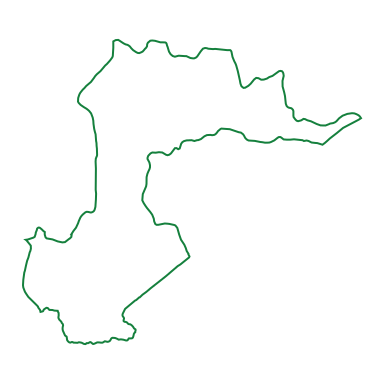 Salamá, Baja Verapaz, Guatemala
{"feature_id": "79465075B18875713614503", "entity_name": "Salamá", "entity_type": "district", "adm_level": 2, "iso_a3": "GTM", "parent_name": "Guatemala", "parent_adm1": "Baja Verapaz", "projection": "robinson", "projection_center": [-90.294, 15.052], "detail": "fine", "context": "isolated", "style": "outline", "palette": "green", "viewbox_px": 384, "rotation_deg": 0, "n_neighbors": 0, "source": "geoboundaries", "source_scale": "gbopen_adm2", "svg_char_len": 5839}
<svg xmlns="http://www.w3.org/2000/svg" viewBox="0 0 384 384"><path d="M68.2,341.5L69.0,342.2L69.7,342.5L70.4,342.6L71.9,342.0L72.7,342.1L73.2,342.5L73.8,342.7L75.5,342.7L77.4,342.8L77.8,342.7L78.6,342.3L79.8,342.3L80.4,342.5L81.6,342.7L83.9,343.9L85.3,344.1L85.7,344.0L86.5,343.2L87.0,343.1L88.0,343.2L88.6,342.9L90.0,342.1L90.6,342.1L91.6,342.9L92.5,343.6L93.1,344.0L93.6,343.9L94.4,343.7L97.2,342.4L98.3,342.4L100.0,342.5L101.0,342.7L102.3,342.7L103.4,342.2L104.7,341.3L105.1,341.3L107.3,341.8L107.7,341.8L108.6,341.6L109.6,341.1L110.2,340.5L111.1,338.8L111.6,338.2L112.5,337.8L114.3,337.9L115.5,338.1L117.6,339.0L118.5,339.6L119.2,339.6L120.2,339.4L121.3,339.4L123.4,339.7L126.1,340.5L127.2,340.4L127.5,340.2L128.0,339.7L128.6,338.7L128.9,338.4L129.4,338.4L130.9,338.4L132.0,338.3L132.7,337.8L133.0,337.3L133.4,336.1L133.9,333.8L134.2,333.3L134.8,332.5L135.2,332.3L135.2,331.7L135.4,331.1L135.6,330.4L135.6,329.8L135.4,329.3L134.4,328.7L134.0,328.3L133.1,326.8L132.4,326.0L131.6,325.2L130.6,324.5L130.2,324.3L129.2,324.2L128.4,324.0L127.9,323.5L127.0,322.5L126.7,322.3L125.7,321.9L125.0,321.9L124.4,321.7L123.7,321.2L123.6,320.8L123.6,320.1L124.0,318.7L124.0,318.2L123.7,317.5L122.7,316.1L122.5,315.3L122.5,314.7L122.8,313.6L125.1,308.9L135.0,300.6L136.3,300.0L139.2,297.4L139.8,297.3L142.5,294.7L146.2,292.0L150.7,288.2L165.8,276.3L177.7,266.1L180.3,264.5L189.1,257.4L189.5,256.4L188.4,254.5L188.5,253.9L186.7,251.0L185.8,248.1L184.3,244.7L181.0,239.7L179.2,234.6L177.3,227.9L175.4,225.5L174.3,225.0L169.3,223.9L167.5,223.7L164.8,223.5L158.3,224.8L156.5,224.8L155.3,224.0L154.2,221.4L153.8,218.7L152.2,214.7L150.2,211.9L147.0,208.0L145.5,205.9L143.7,203.1L142.3,200.3L142.8,194.1L146.1,186.4L146.5,183.9L146.6,177.1L147.4,173.8L148.4,171.4L149.5,169.1L150.0,167.3L150.0,165.2L149.4,162.5L147.5,158.9L147.6,157.5L148.3,155.7L150.5,153.4L152.3,152.5L155.7,152.7L158.9,152.2L162.3,152.5L166.1,154.8L167.6,155.2L169.3,154.7L171.0,153.4L174.9,148.2L176.5,148.1L178.2,149.2L179.7,148.5L181.2,143.7L182.4,142.1L184.0,141.1L186.6,140.4L191.6,140.2L194.4,141.0L197.0,140.2L198.3,140.1L200.9,139.1L204.4,136.3L206.9,135.1L210.4,134.9L212.1,135.2L214.2,134.9L215.5,134.2L216.9,132.7L218.0,131.1L220.5,129.0L221.4,128.6L229.8,129.2L238.7,132.2L240.9,132.6L243.1,134.3L244.0,135.6L244.6,136.8L245.4,138.2L247.0,139.7L248.6,140.5L254.8,140.9L260.4,142.0L262.3,142.2L265.1,142.7L269.1,142.6L270.8,142.1L274.3,140.4L277.6,137.8L278.7,137.1L280.2,137.0L281.2,137.5L283.6,139.4L287.2,139.7L289.8,139.7L294.0,139.3L302.5,140.2L303.9,141.0L306.6,140.5L308.6,141.0L311.5,142.5L314.9,142.9L317.3,143.1L322.5,144.7L324.8,143.0L327.1,141.0L329.8,138.5L336.9,133.0L343.1,127.9L358.7,119.7L361.0,118.2L359.9,116.5L358.6,115.3L356.5,114.2L354.4,113.4L352.0,113.2L347.3,113.9L342.6,115.7L339.1,118.3L336.4,121.3L335.0,122.3L333.1,123.1L330.0,123.6L329.1,124.1L325.5,125.5L320.6,125.4L316.7,124.0L311.0,121.3L307.4,120.3L305.0,119.1L303.4,118.9L302.6,119.5L301.1,120.4L298.1,121.2L296.6,120.7L295.3,119.4L293.6,117.1L293.4,115.6L293.4,111.1L292.9,109.7L291.5,108.3L288.6,107.6L287.6,107.0L286.6,105.9L285.8,103.7L285.0,96.1L284.2,92.4L283.4,89.4L282.6,86.5L282.5,80.9L283.7,75.9L283.4,73.8L283.0,72.5L282.1,71.3L281.5,71.1L280.4,70.9L279.0,71.2L272.5,75.9L269.2,77.1L266.9,78.6L263.7,79.6L261.2,79.7L258.5,78.2L256.2,77.9L254.2,79.4L250.7,83.7L248.4,85.8L245.2,87.7L243.5,87.9L241.5,86.3L240.7,84.3L240.4,83.3L239.9,80.5L237.8,71.1L236.2,65.4L235.5,63.6L234.2,61.1L232.5,56.9L231.5,51.9L231.1,51.0L230.7,50.5L230.2,50.1L226.8,50.1L215.2,48.9L213.0,49.1L208.2,48.7L206.8,48.2L205.0,48.0L202.9,48.7L200.7,51.4L197.2,56.5L195.8,57.7L194.0,58.4L192.5,58.3L190.4,58.0L186.3,56.1L184.5,56.1L178.7,55.7L174.9,56.7L172.7,56.0L170.6,54.2L169.0,51.6L167.6,46.9L167.1,45.7L166.5,43.5L166.0,42.8L165.1,42.4L160.3,42.3L155.0,40.8L152.3,40.5L150.3,40.7L147.9,42.7L147.2,44.2L147.0,46.3L146.1,47.8L145.1,48.7L143.9,50.2L142.6,51.6L141.0,52.4L139.2,53.1L137.6,52.9L135.7,51.9L134.3,50.9L133.3,50.3L131.3,48.3L129.9,46.5L128.9,45.7L127.6,44.9L125.6,44.4L124.0,43.6L122.7,42.8L119.4,40.6L118.2,39.9L115.7,40.1L113.3,41.4L113.3,47.8L112.8,56.0L112.3,57.4L110.1,60.4L107.0,63.9L105.1,65.6L100.5,71.1L96.8,74.3L95.1,76.2L94.0,77.9L91.0,81.9L86.2,86.0L84.3,88.2L82.8,89.6L80.4,92.6L79.5,94.2L79.1,95.2L78.2,98.0L78.0,101.6L78.7,102.9L80.6,104.9L83.8,107.1L86.6,108.8L88.1,110.0L89.2,111.0L91.1,113.4L92.7,117.6L93.3,120.7L93.5,123.9L94.2,128.9L94.8,131.5L95.6,134.3L96.1,141.0L96.4,142.5L96.5,143.4L96.6,145.9L96.9,148.5L97.1,155.0L96.9,156.0L96.6,156.6L95.8,158.7L95.6,161.6L95.9,168.6L95.7,189.8L96.1,193.7L95.9,199.6L95.4,206.9L94.6,209.8L93.9,211.0L93.1,211.7L92.3,212.1L91.6,212.4L90.6,212.5L88.1,211.9L86.7,211.8L85.4,212.3L82.9,214.4L81.5,215.9L80.4,217.5L78.8,221.1L78.1,223.2L76.0,227.7L73.5,230.9L71.3,234.4L71.7,234.5L71.3,237.0L69.9,238.4L68.7,239.2L65.0,242.1L62.4,242.4L57.7,241.4L52.5,239.4L46.7,238.4L45.6,237.4L44.9,235.2L44.7,234.0L44.8,232.0L43.5,231.1L41.7,229.3L40.1,228.0L39.6,227.7L39.1,227.6L38.4,227.6L37.6,228.1L37.1,228.7L36.8,230.1L36.2,231.6L35.8,232.5L35.6,234.1L35.2,235.3L34.7,236.8L33.5,237.6L27.8,239.5L25.8,239.8L26.5,240.3L30.3,245.0L30.8,245.7L30.9,248.7L30.3,251.1L29.7,252.3L28.4,257.5L27.1,260.9L26.0,265.5L24.9,270.7L24.3,272.5L23.3,279.9L23.0,285.2L23.3,287.5L24.9,291.7L26.2,293.8L28.3,296.9L37.0,305.5L38.0,306.6L38.2,307.5L40.0,309.9L40.5,311.9L42.6,311.4L43.0,311.2L43.4,310.6L43.5,310.2L43.8,309.6L44.4,309.1L46.4,307.8L47.7,308.0L49.4,309.9L52.4,310.0L54.4,310.6L57.7,310.8L57.9,311.7L58.5,312.6L58.6,313.2L58.7,315.3L58.4,317.3L58.6,318.4L59.4,319.8L59.9,320.3L60.8,321.2L61.4,321.9L61.6,322.6L62.0,323.2L62.3,323.5L62.8,324.1L63.1,325.3L62.9,326.2L62.7,327.1L62.6,328.2L62.6,329.2L62.9,330.7L65.0,335.4L65.5,335.9L65.9,336.1L66.5,336.5L66.7,336.9L67.1,340.0L67.6,340.8L68.2,341.5Z" fill="none" stroke="#15803d" stroke-width="2"/></svg>